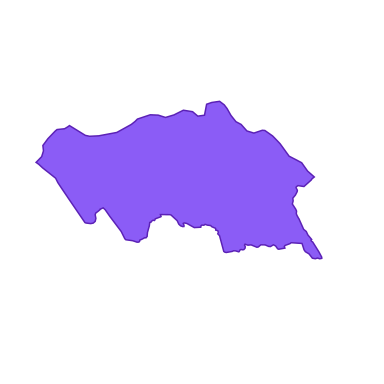 Donga-Mantung, Nord-Ouest, Cameroon (orthographic projection), rotated 143°
{"feature_id": "32672807B54432963078560", "entity_name": "Donga-Mantung", "entity_type": "district", "adm_level": 2, "iso_a3": "CMR", "parent_name": "Cameroon", "parent_adm1": "Nord-Ouest", "projection": "orthographic", "projection_center": [10.802, 6.688], "detail": "fine", "context": "isolated", "style": "filled", "palette": "violet", "viewbox_px": 384, "rotation_deg": 143, "n_neighbors": 0, "source": "geoboundaries", "source_scale": "gbopen_adm2", "svg_char_len": 2484}
<svg xmlns="http://www.w3.org/2000/svg" viewBox="0 0 384 384"><g transform="rotate(143 192 192)"><path d="M295.9,232.0L295.4,231.1L295.2,230.9L291.9,227.7L289.6,226.6L287.0,226.8L284.6,228.8L283.0,232.1L281.6,233.1L278.4,233.1L275.6,233.3L275.6,233.5L272.5,232.8L272.0,230.1L272.3,221.8L272.3,211.1L272.3,203.1L273.8,195.1L273.6,193.7L271.1,191.2L268.7,188.8L266.1,185.0L264.6,184.0L263.6,184.1L262.5,185.0L260.9,184.5L257.2,183.9L256.4,183.1L254.6,183.5L251.9,186.5L246.5,190.6L244.1,193.1L243.1,192.5L242.2,193.0L240.0,192.9L239.3,191.9L238.4,192.0L237.5,192.7L231.9,191.0L231.5,191.0L230.8,193.0L223.3,187.2L222.6,186.3L221.1,178.0L221.9,174.3L221.5,171.9L220.2,169.9L219.2,169.3L218.5,170.1L217.9,172.2L216.9,172.0L216.3,171.4L215.0,169.9L211.6,162.2L206.2,158.6L204.9,159.7L204.0,159.6L202.5,158.3L201.0,158.3L199.7,156.3L197.3,154.0L197.1,152.4L195.1,148.9L195.3,148.2L196.0,147.3L194.7,145.6L195.2,144.0L196.6,143.1L196.3,140.6L202.4,125.4L202.0,124.2L201.1,123.1L195.6,120.3L194.1,120.0L192.6,118.7L190.8,116.2L190.2,116.0L188.5,116.8L187.5,116.6L186.2,115.2L185.2,114.8L183.6,115.1L182.4,116.2L182.0,118.0L181.0,118.4L179.4,115.9L176.6,114.2L175.5,112.3L173.4,108.8L172.1,108.2L168.8,108.4L165.4,105.7L163.6,102.5L162.2,101.2L159.4,100.9L158.8,100.9L157.7,98.6L157.8,95.1L157.2,94.1L151.6,91.3L151.0,93.0L149.8,93.3L144.9,91.8L143.3,91.8L135.1,84.7L137.3,78.4L137.4,76.1L135.8,72.2L135.7,66.7L133.7,64.5L131.5,63.7L130.2,61.8L128.3,60.9L127.6,61.9L126.7,67.8L126.2,73.4L125.7,79.4L126.2,81.1L125.9,82.0L125.0,82.1L125.3,88.0L124.5,91.7L125.3,95.0L122.7,106.3L122.7,107.0L122.2,110.4L121.7,112.0L120.0,113.8L119.5,115.9L119.1,122.0L116.6,124.0L115.2,126.4L111.3,127.3L109.2,128.3L107.8,129.0L106.8,130.0L106.3,132.9L105.5,133.4L103.5,133.3L99.3,129.0L89.6,129.8L88.2,130.3L85.3,130.4L87.1,139.1L86.8,149.4L92.9,162.2L92.6,177.4L93.5,185.3L93.9,188.3L96.8,197.3L98.7,199.0L107.1,201.8L111.4,207.7L112.1,216.4L114.6,221.7L114.8,229.8L113.8,237.4L113.8,242.2L115.4,247.8L122.3,251.6L127.5,253.3L135.8,245.8L141.7,249.1L143.2,255.8L148.9,261.7L149.7,262.5L158.7,264.2L159.7,264.3L168.3,267.5L172.0,272.7L172.7,273.7L178.9,278.8L191.7,283.1L195.2,282.6L199.9,282.5L216.2,284.8L232.7,293.0L240.2,298.1L243.1,301.4L249.9,318.8L251.9,318.8L255.7,319.2L262.2,323.1L264.5,323.0L275.0,321.3L283.1,318.9L285.9,314.2L290.8,310.7L298.7,309.5L297.7,306.3L296.8,301.2L292.6,285.1L293.5,280.2L293.9,273.6L294.6,259.9L295.9,232.0Z" fill="#8b5cf6" stroke="#5b21b6" stroke-width="1.5"/></g></svg>